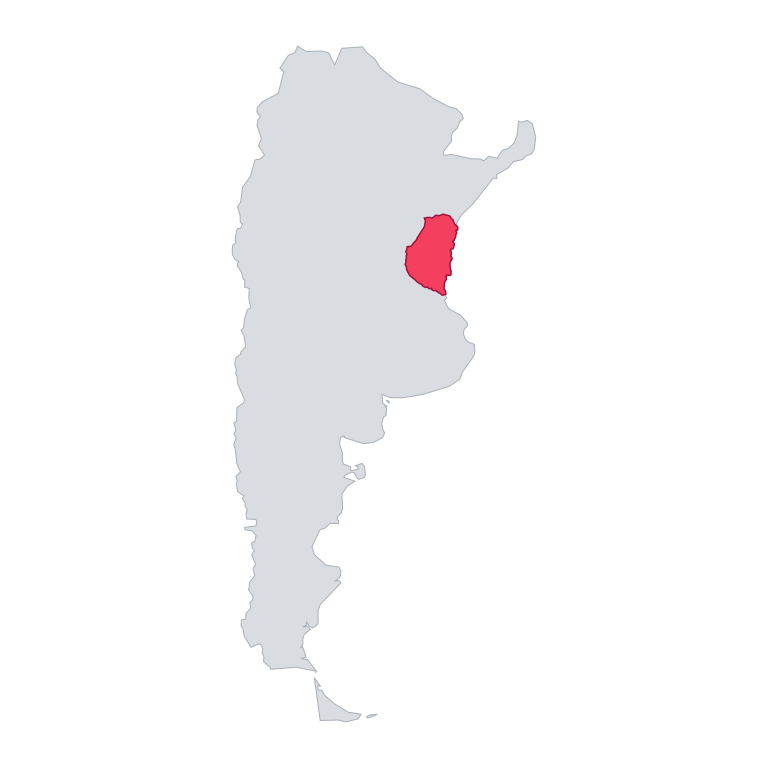 Argentina, with Entre Ríos highlighted
{"feature_id": "ARG-1309", "entity_name": "Entre Ríos", "entity_type": "Province", "adm_level": 1, "iso_a3": "ARG", "parent_name": "Argentina", "parent_adm1": "", "projection": "orthographic", "projection_center": [-59.178, -32.1], "detail": "fine", "context": "in_parent", "style": "filled", "palette": "rose", "viewbox_px": 768, "rotation_deg": 0, "n_neighbors": 0, "source": "natural_earth", "source_scale": "10m", "svg_char_len": 7535}
<svg xmlns="http://www.w3.org/2000/svg" viewBox="0 0 768 768"><path d="M461.3,215.1L456.5,223.4L457.5,229.0L453.1,242.2L454.2,244.8L450.6,251.1L451.7,257.8L449.9,264.4L450.7,272.6L449.3,275.1L446.2,275.7L444.0,287.2L446.6,298.2L444.3,300.4L448.4,308.4L460.9,315.5L467.2,322.8L467.3,325.8L463.9,330.2L463.5,333.9L465.2,339.0L468.3,342.2L474.3,344.2L474.9,351.4L473.8,356.0L462.4,372.1L459.8,379.1L449.4,386.2L422.6,394.5L401.9,397.9L390.0,397.6L382.0,394.4L382.9,403.6L386.9,406.1L384.9,406.3L386.6,408.0L386.0,415.5L383.5,417.0L381.9,423.2L382.3,428.6L384.7,433.0L382.6,437.5L373.9,442.3L363.6,443.7L343.9,437.5L344.6,436.3L343.6,435.9L340.5,437.5L339.6,443.8L342.4,453.1L342.3,461.4L343.6,464.0L350.7,466.8L350.4,470.1L352.8,470.4L357.6,469.3L358.1,466.7L355.4,465.8L362.0,463.4L364.7,466.7L365.3,475.2L364.3,477.4L359.2,479.2L357.7,478.9L354.4,473.1L351.8,472.0L344.7,475.5L344.0,477.5L355.0,481.2L347.4,486.1L341.8,494.2L342.6,508.6L341.5,512.7L337.6,516.7L337.1,519.5L338.7,521.0L338.3,523.7L330.2,523.3L324.8,528.1L319.8,530.0L312.0,546.7L314.2,554.4L325.7,565.0L338.9,567.1L340.9,570.8L340.7,575.3L339.4,578.0L335.0,580.9L339.0,580.6L340.9,582.8L320.3,604.4L318.0,610.5L318.2,622.7L316.7,625.3L312.5,628.1L309.1,625.8L306.2,621.6L306.7,625.2L302.7,626.9L307.8,626.6L310.5,629.3L304.3,634.3L302.9,638.4L302.8,644.0L300.7,647.5L302.6,646.6L306.0,657.2L300.9,658.4L307.5,659.6L316.4,671.2L315.9,672.3L315.5,671.0L295.9,667.3L270.5,669.2L270.5,667.6L263.5,661.7L263.9,656.9L262.2,653.0L262.8,649.3L261.2,644.9L258.7,643.7L251.0,647.3L244.1,636.0L243.2,629.5L241.0,625.5L241.5,620.1L245.7,619.2L246.0,613.4L250.7,608.4L249.8,602.9L252.7,599.5L253.0,596.7L248.7,590.1L249.7,582.2L254.8,575.7L253.0,568.4L255.8,564.4L251.7,554.9L254.5,550.3L252.4,548.2L251.6,543.0L254.8,541.3L256.1,535.4L251.9,530.7L245.2,530.0L244.5,527.4L256.0,525.8L256.9,521.6L255.7,519.3L246.7,519.1L246.0,513.5L247.3,509.7L245.1,506.4L245.2,503.0L242.2,498.4L244.1,495.9L237.5,491.6L236.2,483.2L237.3,481.0L235.8,476.6L240.5,471.8L236.9,464.0L235.2,448.5L233.7,444.5L236.2,437.8L233.9,433.8L235.9,430.3L233.8,422.6L236.6,421.6L236.9,407.6L243.5,402.8L244.6,399.9L237.4,383.1L237.1,376.6L235.7,373.7L236.5,369.7L234.6,364.3L236.0,357.5L240.7,354.2L240.9,351.9L245.6,346.8L244.1,335.7L241.1,330.2L243.6,327.9L244.4,319.1L247.4,309.8L250.6,307.9L248.8,297.8L249.2,288.4L244.5,287.1L244.9,280.5L243.1,279.0L241.4,272.2L237.8,266.4L237.3,263.6L238.9,261.7L235.2,259.7L232.3,254.3L232.3,249.0L232.6,245.4L236.0,242.5L235.0,240.0L237.1,229.0L240.8,228.1L242.5,224.1L240.2,222.3L240.2,215.8L237.6,206.8L240.7,201.9L242.5,187.3L250.4,176.4L255.0,159.9L259.7,159.2L264.4,155.3L258.6,145.4L261.4,138.6L257.0,125.1L257.8,119.9L260.5,116.7L256.8,111.7L257.5,107.3L262.0,102.0L278.3,93.3L283.7,71.7L279.9,68.2L288.5,55.2L295.0,52.6L297.5,46.1L306.4,51.6L321.3,51.0L328.8,53.0L334.6,65.0L341.8,48.3L362.5,46.8L366.8,52.7L374.9,59.1L380.5,68.1L397.8,82.0L419.6,88.7L432.9,98.3L448.4,106.6L456.1,108.5L462.0,114.4L463.3,118.6L459.8,121.9L457.2,128.3L453.0,131.9L451.3,136.0L451.5,141.1L443.5,151.5L443.7,155.3L451.8,154.5L471.2,158.8L480.6,159.0L483.6,160.8L488.8,156.2L497.0,158.4L502.6,150.1L508.0,148.7L513.9,143.2L516.9,136.2L518.6,121.1L521.8,122.2L527.3,120.4L532.1,123.6L535.7,136.6L534.3,148.9L531.8,153.7L525.8,156.1L522.6,159.5L513.2,161.8L508.0,168.1L496.4,174.7L496.9,178.4L493.2,178.1L473.6,203.0L461.3,215.1ZM320.2,720.5L314.4,678.2L320.4,686.1L318.0,685.8L317.8,689.8L321.9,690.3L324.5,695.1L334.4,703.8L348.2,712.2L361.1,714.2L358.0,718.9L345.9,721.9L338.4,720.0L320.2,720.5ZM366.4,716.7L370.0,714.9L377.5,714.3L367.9,718.1L366.4,716.7ZM389.1,401.2L389.0,403.1L386.1,400.2L389.1,401.2Z" fill="#d9dde1" stroke="#a8b0b8" stroke-width="1"/><path d="M450.3,262.0L450.3,261.9L449.9,262.8L449.9,263.8L450.0,266.3L450.3,267.7L450.6,269.9L450.7,270.3L451.2,271.1L451.3,271.4L451.2,271.8L450.9,272.6L450.9,273.0L451.1,274.0L451.1,274.5L450.9,274.7L450.3,275.3L450.1,275.4L449.7,275.4L449.4,275.4L447.0,275.0L446.3,275.3L446.1,275.6L446.4,275.9L446.4,276.0L446.4,276.3L446.3,276.5L446.3,276.9L446.1,277.8L446.1,278.2L446.3,279.1L446.4,279.6L446.3,279.8L445.9,280.0L445.6,280.4L445.1,281.1L444.8,281.8L444.5,282.7L444.3,283.7L444.3,284.5L444.4,285.4L444.3,285.7L444.2,286.1L444.0,287.6L444.0,288.1L444.1,288.9L444.4,289.6L445.4,290.9L445.5,291.3L445.6,291.7L445.6,292.6L445.9,293.8L445.8,294.0L445.7,294.2L445.7,294.3L444.8,294.5L443.2,295.2L442.4,295.2L441.7,294.8L439.9,293.2L439.6,293.1L438.8,292.9L438.5,292.7L437.5,291.8L436.3,291.1L436.0,290.8L435.6,290.6L435.2,290.6L433.4,290.6L433.2,290.5L433.1,290.4L433.1,290.2L432.8,290.0L432.7,289.9L432.4,290.0L432.2,290.0L432.1,289.9L431.9,289.7L431.8,289.0L431.8,288.7L431.7,288.4L431.4,288.4L431.1,288.5L430.9,288.7L429.4,288.7L428.6,288.3L427.9,287.5L427.2,287.0L426.2,287.3L425.8,287.5L425.1,287.3L422.8,286.1L422.6,285.9L421.9,284.8L421.6,284.5L421.3,284.3L420.5,283.9L420.1,283.8L419.8,283.7L416.8,281.6L414.5,279.3L413.7,278.8L413.2,278.5L412.8,278.1L412.7,278.0L412.5,277.6L412.2,277.3L412.0,277.1L411.8,277.1L411.6,276.9L411.3,276.8L410.2,276.0L409.2,274.8L409.1,274.6L408.6,273.2L408.3,272.8L408.2,272.8L407.9,272.3L407.0,270.4L406.7,269.6L406.5,268.8L406.4,266.9L406.2,266.5L406.1,266.1L405.4,265.2L405.3,264.8L405.2,264.4L405.3,264.0L405.8,262.7L405.9,262.2L405.9,261.8L405.8,260.6L405.8,260.1L405.9,259.7L406.3,258.5L406.3,258.1L406.3,257.6L406.2,256.4L406.2,256.0L406.3,255.6L406.9,254.6L407.0,254.2L406.9,253.8L406.7,253.4L406.2,252.7L406.0,252.2L405.9,251.7L405.9,251.2L406.1,250.7L406.6,250.0L406.7,249.7L406.8,248.8L407.0,248.2L407.1,247.9L407.0,247.6L407.0,247.4L407.0,247.2L407.1,246.8L407.2,246.7L407.4,246.6L407.9,246.5L408.2,246.5L408.6,246.5L409.8,246.5L410.2,246.4L410.6,246.3L410.9,246.1L411.2,245.9L411.8,245.4L412.3,244.8L413.2,243.4L413.7,242.9L413.9,242.5L414.0,242.4L414.3,242.1L414.5,242.0L414.8,241.6L415.0,241.4L415.4,241.2L415.5,241.2L416.0,240.4L416.7,239.5L416.8,239.2L417.4,237.4L417.6,237.2L418.3,236.5L418.5,236.2L419.5,234.2L420.6,232.7L421.3,231.3L422.1,230.3L422.5,229.6L423.4,228.3L424.5,226.3L424.6,225.9L424.7,224.7L424.7,224.3L425.1,223.3L425.2,223.0L425.2,221.7L425.3,221.0L425.3,220.6L425.2,220.3L424.7,219.3L424.6,219.0L424.4,218.0L425.9,218.0L426.1,217.9L427.3,217.4L427.5,217.4L428.0,217.6L429.3,217.4L430.3,217.5L432.0,218.1L433.3,217.3L433.7,217.0L433.8,216.8L434.5,216.2L435.5,215.6L435.9,215.3L436.2,215.2L436.8,215.3L437.8,215.6L438.4,215.7L438.5,215.7L440.0,215.4L440.4,215.3L440.7,215.1L443.0,214.2L443.5,214.2L444.0,214.3L444.6,214.7L444.9,214.8L445.3,214.9L446.1,214.9L449.6,215.9L450.2,216.3L450.3,216.5L450.5,217.1L450.8,217.6L451.2,218.2L452.2,219.2L453.0,219.8L453.2,220.3L453.3,220.5L453.4,221.5L453.6,221.9L454.3,223.4L454.4,223.7L456.5,225.8L457.4,226.6L457.6,226.7L457.7,227.2L457.7,227.6L457.8,228.1L457.8,229.0L457.7,229.7L457.6,230.0L457.4,230.1L456.9,230.0L456.2,230.2L455.8,230.5L455.7,230.8L455.8,231.1L456.5,232.2L456.7,233.1L456.3,233.9L455.9,234.5L455.6,235.5L455.8,236.4L455.7,236.9L455.6,237.2L455.2,237.9L455.1,238.1L454.8,238.3L454.6,238.4L454.5,238.9L454.4,239.8L454.2,240.2L453.9,240.4L453.2,240.8L452.9,241.1L452.7,241.8L453.1,242.3L453.3,242.5L453.8,242.8L454.2,243.4L454.3,244.3L454.2,245.3L453.1,248.5L452.9,248.8L452.5,248.9L451.6,249.1L451.2,249.2L450.9,249.5L450.5,250.0L450.3,250.4L450.6,250.9L451.1,251.5L451.3,252.1L451.3,253.0L451.3,254.0L451.1,254.8L450.7,255.4L450.6,255.8L450.8,256.3L452.0,257.9L452.1,258.5L452.0,259.1L450.9,260.8L450.5,261.7L450.3,261.9L450.3,262.0Z" fill="#f43f5e" stroke="#9f1239" stroke-width="1.5"/></svg>